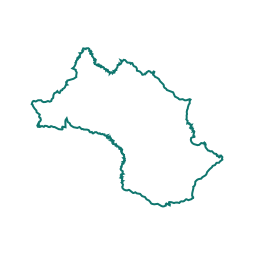 the district of Otanche, Boyacá, Colombia, rotated 104°
{"feature_id": "7082276B30571260064971", "entity_name": "Otanche", "entity_type": "district", "adm_level": 2, "iso_a3": "COL", "parent_name": "Colombia", "parent_adm1": "Boyacá", "projection": "mercator", "projection_center": [-74.209, 5.744], "detail": "fine", "context": "isolated", "style": "outline", "palette": "teal", "viewbox_px": 256, "rotation_deg": 104, "n_neighbors": 0, "source": "geoboundaries", "source_scale": "gbopen_adm2", "svg_char_len": 5858}
<svg xmlns="http://www.w3.org/2000/svg" viewBox="0 0 256 256"><g transform="rotate(104 128 128)"><path d="M148.6,215.8L148.4,214.0L147.9,213.1L147.4,212.9L146.9,211.8L147.2,209.9L146.1,209.3L145.8,208.3L145.8,206.5L146.3,205.5L146.0,204.0L145.1,203.6L144.8,202.8L145.1,200.4L144.8,199.5L145.9,194.9L145.4,191.6L144.7,191.2L143.3,192.1L142.6,191.9L142.4,188.8L136.7,190.4L135.4,190.5L133.5,189.8L136.7,187.9L137.6,185.6L138.8,184.8L139.5,183.8L140.4,181.0L140.2,177.2L138.8,175.3L140.3,172.7L139.9,171.6L140.2,170.6L139.5,167.4L139.5,165.9L139.9,165.0L140.7,164.7L141.3,163.7L140.6,162.1L141.7,161.1L141.6,160.4L140.1,159.1L139.7,157.7L140.6,155.4L140.0,154.2L140.4,154.0L140.5,152.4L139.9,151.2L140.3,150.3L139.9,149.3L140.8,148.8L140.8,147.4L140.4,146.7L141.1,147.1L141.5,146.3L142.5,146.1L142.5,145.5L141.8,145.0L142.7,144.5L142.1,144.0L141.2,144.2L141.3,143.7L140.7,143.5L141.6,142.8L141.9,142.9L142.1,142.1L142.7,141.8L143.6,142.2L143.4,141.7L143.9,141.6L143.8,141.2L143.3,141.0L143.4,140.2L143.7,139.7L144.1,140.1L144.0,139.2L144.8,139.5L145.0,140.1L146.1,139.6L145.6,138.7L147.1,138.5L147.0,137.3L147.3,136.6L146.5,135.8L146.9,135.4L148.0,135.4L147.8,134.9L148.0,134.1L148.6,134.0L148.3,132.6L149.2,132.0L149.1,131.5L150.3,131.3L150.3,130.9L149.2,130.1L150.4,128.4L150.9,128.4L150.7,129.1L151.6,129.2L151.9,128.6L152.6,128.9L153.2,128.4L153.2,128.0L154.1,127.7L154.2,126.7L154.9,126.3L155.0,125.4L155.9,125.3L157.0,124.6L158.1,124.7L158.3,125.2L158.7,124.6L158.6,123.7L159.7,123.6L160.3,123.1L160.6,123.2L160.7,123.9L161.6,123.5L162.0,124.5L162.3,123.9L163.3,123.7L163.8,124.9L164.3,124.4L164.8,124.8L166.6,125.1L167.0,124.8L167.5,125.3L168.0,124.9L169.6,125.3L170.6,124.4L171.3,122.6L173.1,122.4L173.6,121.4L174.7,123.4L175.3,123.6L175.7,122.6L176.8,123.0L176.9,121.8L178.1,122.9L178.3,121.4L180.4,121.2L180.5,120.3L181.0,120.9L181.7,120.3L182.5,121.0L184.0,119.2L185.8,119.1L186.5,119.4L187.7,118.7L188.7,117.1L189.0,115.3L188.7,113.5L187.9,112.5L187.8,111.8L189.8,107.4L189.7,106.8L188.6,105.3L189.3,103.6L189.0,100.3L190.7,97.8L190.9,94.8L192.7,92.8L193.3,90.1L194.3,88.6L195.5,87.4L195.8,86.2L195.7,84.1L194.4,80.8L195.6,76.7L195.7,75.3L195.4,74.3L194.1,72.5L192.8,72.9L192.0,72.5L192.9,68.8L192.0,68.9L190.8,70.2L189.9,70.1L189.5,68.0L189.7,65.2L189.0,64.1L188.4,62.3L188.3,60.1L186.8,59.3L186.2,58.4L186.0,56.9L185.2,55.8L183.2,54.5L183.0,54.1L183.4,51.9L181.6,49.1L180.8,48.9L180.2,47.9L179.4,48.0L178.2,49.4L175.7,49.9L170.2,50.0L169.3,50.5L168.2,49.6L166.6,49.2L163.7,49.7L161.6,48.4L160.6,47.3L159.4,44.7L157.8,44.0L155.2,41.4L154.1,40.8L151.5,40.5L148.2,38.8L145.8,37.1L144.3,36.7L142.9,34.6L140.4,33.7L139.7,31.3L138.2,30.7L135.9,28.8L135.3,29.3L133.4,29.4L132.2,31.1L132.4,31.6L132.9,31.3L134.4,32.2L134.4,32.6L133.6,33.2L133.7,34.8L133.4,35.0L133.1,34.5L132.7,34.6L132.4,35.8L131.8,36.1L132.0,38.1L130.2,41.0L130.8,42.5L130.4,43.5L130.5,44.8L128.1,47.9L126.7,48.7L125.5,48.5L124.3,49.3L125.0,50.0L123.9,50.6L124.7,51.2L124.9,53.3L127.1,54.8L127.8,56.3L127.7,60.0L127.2,61.7L125.9,63.3L124.3,64.2L122.4,64.3L121.5,63.4L120.6,61.4L120.0,61.5L119.4,62.8L115.6,62.8L115.4,63.5L115.7,64.1L114.8,63.8L114.6,65.0L114.1,65.2L113.1,64.8L112.7,65.6L111.9,65.7L111.9,66.3L113.2,67.1L112.9,67.7L111.7,67.0L110.7,67.2L109.7,67.0L110.3,67.9L109.4,68.2L109.4,69.4L108.7,69.4L108.5,69.8L108.6,70.7L109.2,71.6L106.6,71.9L105.5,73.5L104.3,73.4L101.4,74.2L100.3,74.1L98.2,74.9L96.0,75.0L94.8,74.7L93.4,74.9L90.5,74.7L89.2,74.1L86.9,74.7L85.3,74.2L85.1,75.1L86.9,78.0L87.4,79.5L86.8,81.9L87.8,84.6L87.6,85.6L87.0,86.4L86.1,90.1L82.5,92.8L81.7,99.5L80.7,100.5L80.1,102.3L79.1,103.3L77.9,103.6L77.2,104.2L74.9,108.1L73.0,109.9L72.2,111.9L71.8,114.2L70.7,115.4L70.2,116.6L69.6,116.7L68.1,116.0L67.1,116.1L67.0,116.8L68.2,117.3L68.8,118.7L67.8,120.4L67.7,121.7L69.4,123.4L70.5,123.5L70.9,124.5L71.8,124.5L71.9,125.2L72.8,126.5L72.8,127.1L71.6,128.0L70.3,130.2L70.2,133.2L68.0,133.9L66.8,135.3L66.7,136.8L66.2,137.8L64.0,139.5L64.0,140.0L65.1,140.9L64.2,141.8L64.7,144.5L62.8,147.3L62.9,148.7L64.5,149.5L64.1,151.4L65.5,150.2L67.2,150.3L68.2,151.2L67.5,152.1L69.0,152.2L69.4,153.3L71.7,153.0L73.3,153.7L74.5,153.4L74.7,154.4L75.8,154.4L76.1,155.6L76.9,154.8L77.5,154.6L77.7,154.9L77.5,155.7L78.8,156.3L77.9,157.2L78.0,158.0L79.5,158.8L78.7,158.9L78.6,159.7L78.1,159.9L78.2,161.1L76.8,161.4L76.5,161.8L76.6,162.3L77.7,163.1L76.2,163.8L76.5,165.2L75.4,165.8L74.9,166.6L75.6,169.0L75.2,169.2L74.4,168.6L74.1,168.9L74.0,170.1L74.9,170.3L75.1,170.7L74.8,172.4L73.8,171.6L73.3,171.9L73.6,172.7L74.6,173.4L73.9,174.9L74.0,175.7L72.8,176.6L71.7,175.6L70.9,176.1L69.7,175.7L69.1,176.6L69.9,177.4L69.3,177.5L68.0,178.7L67.0,180.2L66.1,180.3L65.7,180.8L64.9,180.4L64.6,181.3L65.2,182.4L65.0,182.7L63.6,182.9L63.2,182.0L62.8,181.9L62.0,182.8L62.5,184.3L60.7,184.7L60.2,185.8L60.8,187.7L61.6,188.0L61.4,188.7L61.7,189.0L61.5,189.6L61.6,190.7L64.0,191.1L64.1,190.2L65.5,190.6L66.5,191.4L67.1,192.9L67.5,192.3L68.5,192.1L70.4,192.8L70.3,192.0L70.8,191.8L71.6,192.4L71.6,193.3L72.0,193.3L72.2,194.0L73.1,194.0L72.9,193.6L73.3,193.3L75.7,194.6L76.5,194.2L77.5,194.8L78.2,194.2L80.4,194.6L83.1,195.6L83.2,196.1L83.6,196.4L84.2,192.8L85.1,192.6L86.5,191.2L90.0,190.9L91.0,190.5L93.4,192.7L96.7,198.4L98.8,198.5L98.8,199.0L100.2,198.5L100.7,197.5L101.3,198.7L103.9,199.1L105.3,200.0L106.0,200.9L107.2,201.0L107.9,202.3L110.5,202.8L110.4,204.1L109.3,205.5L110.7,206.2L112.1,207.9L114.1,208.3L116.9,207.9L118.6,209.0L120.4,209.0L121.4,210.3L121.2,212.2L122.7,214.3L123.3,216.1L123.1,217.5L122.1,218.9L122.8,221.9L124.6,223.9L124.5,225.9L125.1,226.7L126.0,227.0L128.2,227.2L128.6,226.1L129.7,225.5L131.7,223.4L133.2,221.1L134.8,220.5L136.3,216.9L138.6,217.0L139.3,216.3L139.5,215.4L141.2,214.5L142.9,214.9L143.3,215.6L144.1,215.9L144.8,215.6L145.4,216.2L146.3,216.2L146.3,215.4L146.9,214.7L147.4,215.1L147.7,216.4L148.6,215.8Z" fill="none" stroke="#0f766e" stroke-width="2"/></g></svg>